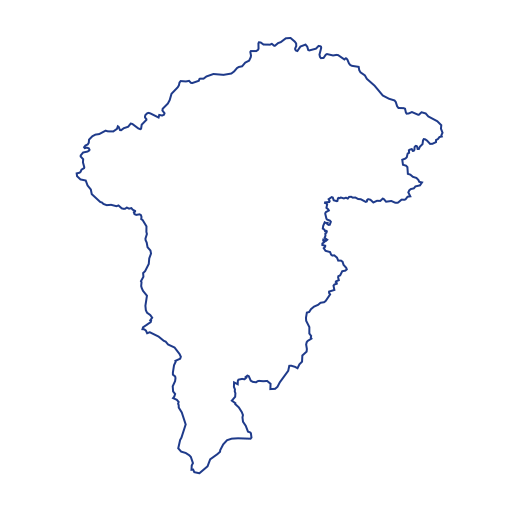 the district of Maripí, Boyacá, Colombia, rotated 92°
{"feature_id": "7082276B23920706141939", "entity_name": "Maripí", "entity_type": "district", "adm_level": 2, "iso_a3": "COL", "parent_name": "Colombia", "parent_adm1": "Boyacá", "projection": "orthographic", "projection_center": [-74.01, 5.573], "detail": "fine", "context": "isolated", "style": "outline", "palette": "blue", "viewbox_px": 512, "rotation_deg": 92, "n_neighbors": 0, "source": "geoboundaries", "source_scale": "gbopen_adm2", "svg_char_len": 6047}
<svg xmlns="http://www.w3.org/2000/svg" viewBox="0 0 512 512"><g transform="rotate(92 256 256)"><path d="M285.2,370.1L286.1,369.5L290.1,369.7L292.2,369.0L294.8,367.7L299.5,363.6L309.6,364.8L314.0,364.2L316.5,362.9L318.7,359.6L321.3,357.6L323.9,359.4L324.3,358.6L325.7,358.9L331.2,366.4L333.1,366.9L333.2,365.1L334.4,363.4L337.0,362.1L335.9,359.5L339.9,350.6L344.0,345.2L344.7,343.3L347.5,340.8L350.3,334.2L356.6,329.0L359.3,327.6L361.3,328.2L363.6,332.9L364.5,332.6L368.0,334.1L375.4,335.0L377.5,334.9L379.2,332.6L380.8,332.2L383.9,332.5L389.1,334.7L394.3,334.1L396.7,332.0L399.4,332.8L400.9,333.9L402.5,330.1L404.6,328.2L406.4,328.7L407.6,328.1L410.2,327.9L415.0,324.7L426.8,320.4L440.2,324.2L442.5,325.4L450.9,327.0L454.1,324.0L455.3,319.4L457.5,315.7L459.1,314.1L465.2,311.8L467.5,312.9L471.9,313.0L471.6,311.4L474.2,310.1L475.1,305.0L467.9,297.1L460.8,294.7L455.4,287.7L452.9,285.1L451.3,285.0L445.4,282.2L441.1,278.5L439.4,273.9L438.8,267.6L438.8,255.1L437.6,254.2L433.4,254.9L432.6,255.5L431.8,257.9L426.1,260.3L422.1,263.2L417.8,263.9L415.4,263.5L412.6,264.7L407.9,267.9L404.7,271.6L403.8,271.5L401.4,275.1L397.4,271.9L393.9,271.8L392.0,272.5L390.0,272.4L387.6,273.5L383.1,273.5L384.8,269.8L381.4,269.8L380.2,269.2L379.3,265.6L379.6,263.2L377.9,261.4L377.3,262.1L375.8,260.4L376.4,259.0L380.8,256.9L381.9,254.8L382.2,251.5L381.1,250.1L380.7,248.6L380.9,244.4L380.5,240.5L383.2,237.0L388.5,237.0L388.1,232.3L386.0,230.0L381.4,227.8L369.6,219.8L364.6,218.9L364.4,217.1L365.4,213.2L366.7,210.6L362.7,208.8L360.0,206.3L353.8,206.2L349.8,202.1L347.2,201.9L342.7,202.8L340.3,202.3L339.1,201.4L336.6,197.7L335.5,198.4L334.0,198.1L331.6,200.0L325.2,200.2L319.0,203.6L316.0,203.9L310.8,203.2L310.1,200.9L307.2,199.2L304.6,196.3L302.6,192.2L300.5,189.9L299.8,186.3L298.5,184.8L291.8,180.6L290.3,181.7L289.0,181.7L287.2,176.5L282.9,177.5L281.7,176.6L280.9,174.3L280.3,174.3L279.2,175.4L278.5,175.1L277.3,172.4L274.5,173.2L273.3,173.0L272.4,171.2L268.2,169.3L267.5,166.2L266.2,164.8L264.7,165.4L261.8,168.2L258.7,169.3L257.6,171.0L257.7,173.7L254.8,175.0L252.6,177.8L252.9,179.7L252.0,181.0L249.5,182.1L248.4,186.7L245.8,188.6L244.3,187.2L243.3,187.2L242.7,190.1L241.2,190.1L239.8,188.4L238.1,189.4L237.4,189.3L238.6,186.8L237.3,185.4L235.5,188.1L233.4,187.3L231.2,187.5L230.2,186.4L228.8,186.1L228.4,186.8L228.7,187.9L227.2,188.6L226.3,190.2L223.5,189.9L219.9,188.5L220.5,187.4L220.4,185.6L221.6,185.8L222.4,184.5L222.2,183.4L219.2,182.4L218.1,183.3L217.1,186.2L216.3,186.9L211.3,188.3L210.4,188.1L209.7,187.7L208.0,184.8L206.9,185.4L205.4,187.3L201.9,186.7L201.0,187.5L200.6,188.9L200.0,188.8L199.5,184.7L198.6,184.3L196.7,185.4L194.5,182.4L194.9,181.3L197.6,180.3L198.4,177.2L198.2,176.6L195.5,176.1L195.0,175.4L195.3,174.4L194.6,173.3L195.4,170.2L194.6,168.1L195.4,166.3L193.7,165.0L193.5,162.9L194.3,161.4L194.1,158.7L195.5,155.9L195.6,153.3L198.1,148.2L197.6,147.1L196.1,146.9L195.3,145.9L195.8,143.6L198.4,140.6L196.6,137.0L196.6,133.7L194.2,131.3L194.7,130.2L197.2,127.9L196.3,122.7L197.9,118.7L197.9,116.8L197.6,115.8L194.6,112.5L194.6,109.5L194.1,108.5L191.5,106.6L191.0,103.9L187.1,106.0L185.0,105.1L183.7,103.6L182.9,100.6L180.9,99.1L179.7,94.6L176.7,92.7L176.2,95.4L174.3,96.4L172.4,98.4L171.4,102.0L169.3,104.6L168.6,107.1L161.9,107.8L160.5,109.2L159.7,112.3L154.7,113.2L153.4,110.1L152.1,108.8L148.3,108.0L147.5,106.6L145.0,106.9L144.5,106.3L143.7,104.1L145.5,103.0L145.4,102.1L144.3,101.4L141.6,101.3L140.4,100.3L140.5,99.3L141.1,98.8L143.4,98.2L143.4,97.0L141.0,96.0L138.4,93.5L134.6,93.1L133.3,92.4L133.5,91.0L134.7,89.1L137.9,85.9L137.7,83.6L135.9,80.1L133.8,80.1L132.8,78.3L130.7,76.8L130.1,74.5L129.0,75.0L126.3,73.9L122.3,75.6L118.8,75.4L115.0,79.5L110.5,88.7L107.6,91.4L106.6,95.6L109.1,98.1L109.2,98.8L106.7,105.2L108.2,108.3L108.5,110.4L107.4,111.2L103.6,112.2L103.1,113.6L103.1,118.8L101.4,120.2L97.2,121.7L95.7,123.0L94.2,128.6L91.2,134.9L81.6,143.5L75.1,151.4L71.7,153.5L68.8,158.0L66.7,159.3L63.4,160.0L62.6,166.7L61.9,168.4L60.3,169.8L56.6,171.5L55.4,172.6L55.3,173.3L56.5,174.5L52.4,180.9L52.2,182.5L52.9,186.0L51.7,192.1L52.4,193.3L55.7,195.4L56.0,198.0L54.8,199.0L52.5,199.6L45.7,198.1L44.5,198.4L44.1,199.2L43.9,200.8L46.7,203.3L48.7,209.9L48.3,211.0L45.0,212.1L43.0,213.9L45.1,218.9L49.7,221.8L49.3,223.2L48.3,224.0L47.2,224.1L44.8,223.1L42.2,223.3L40.4,224.7L36.9,229.1L37.4,233.8L41.4,238.7L42.4,241.3L45.2,244.4L45.3,245.1L43.4,247.6L44.3,249.4L44.4,255.9L42.5,258.7L42.3,260.5L43.4,261.0L48.8,260.7L49.9,261.2L51.2,262.9L51.4,268.3L52.3,268.8L55.8,268.0L57.5,268.2L61.0,269.7L63.1,273.5L66.9,276.5L67.7,279.8L68.8,281.5L72.3,284.3L74.5,287.0L76.1,294.8L75.6,304.9L78.3,311.8L80.6,314.6L80.7,318.1L81.1,318.7L82.9,319.3L85.4,325.8L85.2,327.1L83.3,329.0L84.0,332.1L83.8,337.4L85.3,338.5L88.1,339.0L90.1,340.1L96.8,346.1L103.2,347.7L106.7,349.4L112.1,354.4L113.9,354.6L116.5,352.4L118.0,352.9L118.9,354.7L118.4,357.6L121.0,358.2L117.2,366.5L116.7,368.3L117.1,369.6L118.9,371.4L120.4,371.8L121.5,371.7L123.1,370.3L123.8,370.3L128.7,374.8L132.8,375.3L133.3,376.1L132.6,378.1L128.4,384.1L128.0,385.8L131.3,388.3L132.9,392.6L135.0,395.2L134.9,396.3L131.7,397.8L131.2,398.6L133.8,399.4L136.5,403.0L136.6,408.4L136.0,410.7L139.6,416.9L140.3,420.7L142.0,423.7L145.5,426.9L148.7,427.1L150.4,428.1L151.5,430.3L153.3,431.6L154.2,430.9L153.6,428.9L154.2,426.9L155.6,426.1L156.3,426.3L157.5,428.0L158.6,432.4L161.6,434.7L162.7,434.7L165.3,432.1L168.5,432.2L173.3,430.7L174.2,430.9L175.8,433.4L177.9,434.2L178.9,435.2L179.7,438.1L182.5,437.6L185.6,434.1L186.5,428.8L191.4,426.8L195.3,423.4L199.9,422.3L207.4,413.6L208.0,411.7L209.3,410.3L210.4,407.0L209.9,402.6L211.1,397.2L210.3,395.2L213.1,391.8L213.5,389.7L213.3,388.4L212.1,386.8L213.1,384.5L212.5,382.2L214.0,380.9L215.2,378.4L215.8,378.4L216.6,379.6L218.4,378.9L219.1,377.1L218.4,373.8L219.2,372.4L221.0,371.8L223.1,372.0L224.1,370.5L230.2,366.5L235.7,366.4L237.8,365.8L242.5,367.1L244.0,366.9L246.4,365.7L251.0,364.7L254.2,361.7L257.2,361.0L262.1,362.6L267.7,362.9L275.0,366.3L277.0,368.2L280.7,367.8L285.2,370.1Z" fill="none" stroke="#1e3a8a" stroke-width="2"/></g></svg>